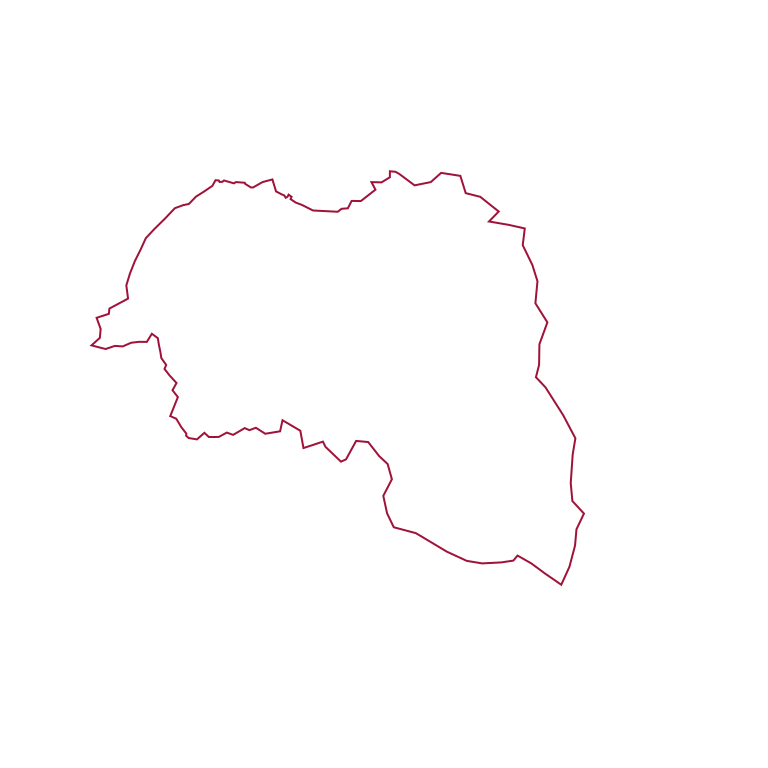 Kedares, Paphos, Cyprus (Albers equal-area conic projection), rotated 232°
{"feature_id": "46923920B11025304777915", "entity_name": "Kedares", "entity_type": "district", "adm_level": 2, "iso_a3": "CYP", "parent_name": "Cyprus", "parent_adm1": "Paphos", "projection": "albers", "projection_center": [32.731, 34.831], "detail": "fine", "context": "isolated", "style": "outline", "palette": "rose", "viewbox_px": 768, "rotation_deg": 232, "n_neighbors": 0, "source": "geoboundaries", "source_scale": "gbopen_adm2", "svg_char_len": 1930}
<svg xmlns="http://www.w3.org/2000/svg" viewBox="0 0 768 768"><g transform="rotate(232 384 384)"><path d="M349.3,302.3L348.0,307.7L356.3,327.0L348.0,335.8L330.2,335.8L318.7,337.6L304.1,331.6L296.3,314.6L280.2,306.8L265.1,303.5L246.8,317.3L213.4,330.2L193.7,340.3L182.2,350.9L171.2,366.6L165.2,377.2L166.6,383.6L152.0,389.6L135.5,394.2L116.7,400.1L117.4,401.5L125.8,417.6L139.1,435.1L151.0,446.2L158.8,461.8L175.8,460.4L190.9,470.1L212.4,489.4L223.4,501.4L249.1,506.0L282.0,509.2L295.8,507.9L303.6,518.0L319.6,530.9L332.0,550.7L354.4,553.0L370.5,568.2L386.5,574.2L408.0,578.8L418.0,588.8L419.9,590.7L432.8,580.1L447.4,566.8L449.3,580.6L472.2,575.1L484.1,565.9L501.0,572.3L515.2,559.0L514.3,545.2L521.7,530.4L540.0,525.4L544.2,523.7L548.0,519.6L543.3,515.9L544.4,506.2L550.8,498.4L542.4,496.9L542.4,478.4L548.2,471.2L544.7,463.7L548.2,458.4L548.2,453.6L564.4,434.9L575.6,429.6L581.4,426.1L587.2,424.2L588.4,426.4L591.9,425.4L590.9,423.1L591.3,421.2L594.0,421.5L596.3,420.2L602.2,417.5L613.9,422.0L617.9,412.6L619.5,401.8L620.9,400.1L627.3,397.8L628.3,398.2L634.3,391.6L634.5,389.3L642.9,383.2L642.8,381.3L644.4,378.8L646.1,379.1L648.3,376.7L645.8,370.7L646.5,360.2L647.4,351.2L646.0,341.1L648.6,335.8L651.3,327.4L649.2,313.4L647.5,298.6L645.6,286.2L639.8,275.0L634.2,263.3L627.5,251.9L620.4,241.7L608.9,234.9L612.5,214.1L608.7,210.4L613.1,198.3L601.8,194.6L595.3,188.5L594.5,177.3L583.0,186.1L579.7,195.4L574.5,201.2L572.2,210.1L568.0,217.0L563.2,223.0L566.5,232.0L559.4,234.0L553.4,230.7L546.7,227.4L541.5,224.5L533.1,224.1L531.0,220.3L522.7,220.3L512.5,221.1L509.3,213.5L500.6,213.5L490.3,195.8L484.5,198.9L474.7,197.7L466.5,197.7L465.1,196.2L461.7,196.8L457.8,200.4L455.5,202.5L456.1,212.4L450.0,213.4L444.0,221.2L442.5,230.2L436.8,233.8L435.0,247.1L430.5,249.5L428.4,256.1L417.9,259.8L410.7,273.0L417.9,281.7L398.7,289.3L383.1,281.1L376.2,300.4L370.5,299.2L349.3,302.3Z" fill="none" stroke="#9f1239" stroke-width="2"/></g></svg>